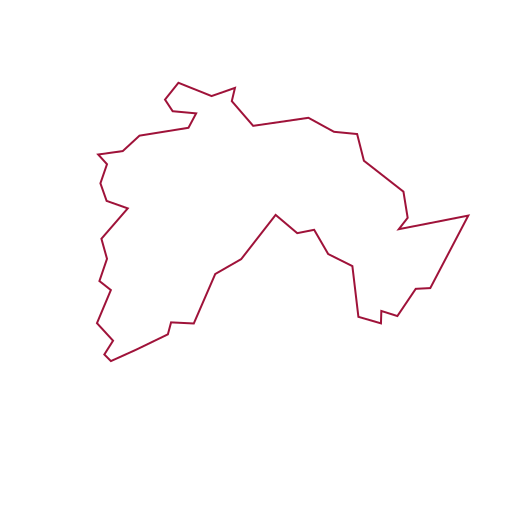 outline of Olomoucký, rotated 111°
{"feature_id": "CZE-10372", "entity_name": "Olomoucký", "entity_type": "Region", "adm_level": 1, "iso_a3": "CZE", "parent_name": "Czechia", "parent_adm1": "", "projection": "robinson", "projection_center": [17.195, 49.847], "detail": "coarse", "context": "isolated", "style": "outline", "palette": "rose", "viewbox_px": 512, "rotation_deg": 111, "n_neighbors": 0, "source": "natural_earth", "source_scale": "10m", "svg_char_len": 762}
<svg xmlns="http://www.w3.org/2000/svg" viewBox="0 0 512 512"><g transform="rotate(111 256 256)"><path d="M142.2,72.3L223.5,81.8L229.4,95.1L261.4,102.5L262.4,119.3L274.1,115.2L276.1,138.6L230.9,162.4L228.3,189.3L210.7,211.1L219.9,225.7L210.6,252.4L264.2,268.7L287.4,287.6L341.3,289.9L348.4,311.5L360.7,310.2L386.4,334.3L406.1,353.8L402.3,362.3L386.3,359.1L375.7,380.4L339.8,379.3L335.5,393.2L312.0,394.1L295.3,406.5L257.5,392.8L258.1,415.2L243.9,427.3L223.7,428.0L217.8,439.7L205.8,418.0L185.4,407.9L160.5,365.0L144.3,363.0L150.7,385.7L142.6,397.0L122.1,390.5L122.6,354.8L106.6,335.9L120.1,334.1L135.5,305.3L108.2,256.6L112.1,227.7L105.9,205.3L128.4,189.4L143.1,141.4L166.0,128.1L179.8,132.3L142.2,72.3Z" fill="none" stroke="#9f1239" stroke-width="2"/></g></svg>